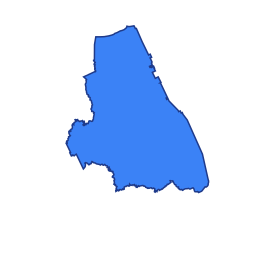 outline of Bellingen, New South Wales, Australia, rotated 236°
{"feature_id": "25037944B1782787006296", "entity_name": "Bellingen", "entity_type": "district", "adm_level": 2, "iso_a3": "AUS", "parent_name": "Australia", "parent_adm1": "New South Wales", "projection": "albers", "projection_center": [152.743, -30.374], "detail": "fine", "context": "isolated", "style": "filled", "palette": "blue", "viewbox_px": 256, "rotation_deg": 236, "n_neighbors": 0, "source": "geoboundaries", "source_scale": "gbopen_adm2", "svg_char_len": 5707}
<svg xmlns="http://www.w3.org/2000/svg" viewBox="0 0 256 256"><g transform="rotate(236 128 128)"><path d="M39.6,165.3L64.7,175.1L101.6,181.6L108.4,181.2L110.5,181.6L110.6,180.5L113.0,180.8L113.2,179.2L114.7,179.4L127.5,177.1L129.8,177.5L130.0,176.1L131.5,176.4L131.2,177.7L147.0,180.1L147.4,179.7L147.3,180.8L153.5,181.6L153.9,178.4L160.5,179.3L160.0,182.6L162.9,183.0L162.8,183.4L165.0,183.8L165.2,182.3L164.9,182.3L165.1,181.1L165.8,181.2L166.0,180.1L167.1,180.3L166.6,183.3L168.5,183.6L168.7,183.9L168.5,184.0L168.6,184.3L169.4,184.5L169.6,184.9L173.7,185.5L173.4,187.1L176.8,187.7L177.0,185.9L191.8,188.0L205.9,190.6L206.4,190.1L206.4,189.7L208.9,190.1L209.0,189.9L209.4,190.0L211.1,186.2L212.2,184.7L213.0,184.1L212.0,182.8L211.7,179.8L212.2,177.5L212.8,175.9L213.2,172.2L213.8,169.9L213.6,168.6L214.1,166.5L215.1,163.6L217.0,159.4L219.2,155.8L221.6,152.3L215.9,146.9L203.2,138.2L203.4,137.4L203.0,137.1L202.2,137.3L201.4,137.2L201.2,137.5L200.6,137.5L200.4,137.1L200.5,136.8L200.0,135.7L199.6,135.4L199.0,135.5L198.9,135.7L198.5,135.3L198.4,135.5L198.2,135.1L197.8,135.0L197.6,134.7L197.1,134.7L196.7,134.3L195.9,134.3L195.8,134.2L196.0,133.8L195.2,133.2L194.5,133.1L194.3,133.2L194.2,133.0L193.8,132.9L193.4,133.2L193.5,133.0L193.4,132.8L193.3,133.0L193.0,132.8L192.9,132.6L193.2,132.4L195.2,119.8L191.4,120.8L191.1,120.4L191.1,119.9L189.7,119.3L188.7,118.3L188.5,117.6L188.0,117.0L185.3,115.9L183.2,114.4L182.0,114.3L181.0,113.6L179.9,113.4L179.5,113.1L179.0,112.9L177.8,113.3L177.6,113.7L176.8,113.5L176.4,112.8L175.8,112.7L175.0,113.4L174.3,113.6L174.0,113.2L172.9,112.7L172.6,112.2L171.9,112.7L170.9,112.9L170.1,112.3L169.4,112.3L168.3,111.7L167.0,111.5L166.8,110.6L164.9,109.2L164.9,108.6L164.4,107.9L162.6,107.7L162.0,107.2L161.1,108.3L160.3,108.2L159.8,108.5L159.7,107.9L159.3,107.6L158.5,107.8L156.0,105.2L154.6,104.2L154.4,103.4L153.7,102.8L153.6,102.0L153.9,101.7L154.0,101.3L154.4,101.2L155.2,100.5L155.6,99.7L155.4,99.2L154.9,98.9L154.7,98.2L153.9,97.5L154.5,96.6L155.4,96.0L155.1,96.1L155.1,95.7L154.9,95.7L154.7,95.3L154.3,95.1L154.8,94.1L154.5,93.4L154.6,92.9L155.0,92.5L155.4,92.5L155.2,92.9L155.7,93.2L155.8,94.0L156.2,93.6L156.6,94.8L157.6,95.3L158.3,95.4L158.4,95.1L157.9,94.1L158.4,93.9L159.5,94.2L159.4,93.7L160.0,93.3L160.2,92.8L160.2,92.0L160.5,91.9L160.5,91.4L160.6,91.2L162.1,91.1L162.4,90.0L163.3,90.7L163.8,89.4L164.3,89.3L164.5,88.8L163.6,88.6L163.1,88.8L162.6,88.5L162.5,88.1L162.7,86.4L162.4,86.2L162.2,85.7L161.7,85.5L161.6,85.0L161.2,84.8L162.2,84.4L162.1,84.2L161.6,84.2L161.6,83.2L160.9,83.0L159.4,82.1L158.6,81.2L158.8,80.1L158.5,79.7L158.6,79.2L157.3,78.8L157.2,78.5L157.8,78.0L158.2,78.1L158.4,77.8L158.2,77.1L157.7,76.6L156.9,76.5L156.5,76.0L155.8,76.0L155.1,75.7L153.9,75.9L153.7,74.6L154.0,73.9L152.9,73.1L152.8,72.3L151.5,71.7L151.1,70.6L151.5,70.1L151.0,69.4L149.8,69.4L149.4,69.1L149.9,68.6L150.0,68.2L139.9,66.7L140.0,65.9L136.5,65.4L136.2,66.6L136.6,66.9L136.4,67.3L135.5,67.5L135.0,67.9L135.3,69.7L135.2,70.5L119.0,68.1L119.5,70.0L120.0,71.0L121.7,72.5L122.3,72.7L122.9,72.6L123.1,73.0L123.0,73.6L122.5,74.0L121.2,74.7L119.6,74.8L119.3,75.2L119.2,75.8L119.5,76.4L119.3,76.7L119.4,77.1L119.1,77.5L119.6,78.4L120.0,78.6L120.4,79.3L119.8,79.8L119.1,79.8L118.5,80.0L118.4,80.4L117.9,80.6L117.1,81.4L116.0,81.7L113.7,84.0L112.8,84.3L112.8,85.1L112.4,86.3L111.2,86.5L110.8,86.9L110.7,87.2L110.8,87.5L110.8,88.4L109.3,88.5L108.3,89.6L107.4,89.2L107.1,88.6L106.7,88.6L106.2,89.2L106.1,89.4L106.5,89.9L106.1,90.5L105.8,90.2L105.2,90.1L105.6,89.9L105.3,89.4L104.6,89.4L104.5,89.6L103.9,89.6L104.0,89.2L104.7,88.6L104.6,88.4L103.8,88.2L103.6,88.5L102.9,88.4L102.3,89.0L102.8,90.0L101.6,89.8L100.3,90.5L100.7,90.9L100.6,91.1L100.0,91.0L99.3,90.5L97.5,90.4L96.6,89.4L96.8,89.0L96.5,88.8L96.6,88.2L96.2,87.6L95.0,88.0L94.3,88.6L93.9,88.6L92.5,87.9L92.5,87.2L92.1,86.8L91.4,86.8L91.0,86.4L90.2,86.2L89.3,84.9L88.2,86.0L87.8,85.9L87.6,85.3L87.1,85.6L86.2,85.6L85.7,86.1L84.6,84.4L83.7,84.0L83.1,82.9L82.2,82.5L82.2,83.1L83.2,84.4L82.0,84.4L81.2,84.9L81.1,85.6L81.7,85.8L81.8,86.4L81.3,86.8L81.2,87.3L80.3,87.8L80.4,89.6L80.1,89.7L79.7,89.5L79.4,90.4L79.5,90.8L80.4,91.2L81.1,91.8L81.0,93.1L80.6,93.6L80.8,94.1L80.5,94.6L80.6,95.3L80.5,95.6L80.2,95.9L79.4,96.1L79.1,96.8L80.5,97.9L79.2,98.0L79.0,98.6L78.1,99.3L78.3,99.8L78.2,100.4L77.7,100.8L76.9,100.9L77.3,101.7L76.0,101.8L75.8,102.6L75.5,102.4L75.0,102.6L74.9,101.8L74.3,101.7L74.3,102.0L73.7,102.5L74.3,103.2L74.3,104.4L74.1,104.4L73.8,104.0L73.3,104.4L73.3,105.3L72.3,107.8L72.0,108.0L71.8,108.4L71.2,108.4L70.7,109.2L70.4,109.2L69.9,109.6L68.9,109.5L68.0,110.4L67.5,110.3L66.9,110.7L66.9,111.3L66.3,111.6L65.6,113.7L65.3,114.0L64.5,114.0L64.1,114.2L64.0,115.4L63.4,115.6L63.2,116.0L62.4,116.2L61.6,115.3L61.1,115.5L60.4,114.3L59.6,114.6L59.9,115.5L60.2,115.7L60.2,116.2L59.2,116.4L59.7,116.9L59.5,117.3L60.0,117.8L60.1,118.8L59.3,119.6L58.9,119.7L58.7,119.5L58.6,120.4L58.4,120.9L58.6,121.8L58.1,122.4L58.4,123.2L58.4,123.9L58.6,124.1L58.5,125.1L58.6,125.6L58.5,125.8L59.0,126.3L58.9,126.9L58.6,127.1L58.7,127.8L59.0,128.2L59.0,129.2L59.2,129.3L58.8,129.7L58.9,133.2L60.8,133.5L60.7,133.7L59.9,134.4L59.2,135.5L58.6,135.2L58.6,135.5L55.4,135.1L54.7,135.3L54.4,135.8L54.1,135.9L52.9,135.4L52.3,135.5L51.4,136.0L50.9,136.8L50.1,136.0L49.3,136.5L48.7,136.2L48.3,136.6L47.8,136.6L47.2,137.4L47.0,138.2L46.0,138.3L45.7,138.5L45.9,139.7L45.5,141.7L44.6,143.1L44.1,144.4L42.7,145.2L42.1,148.4L41.5,148.6L40.3,148.5L38.7,147.9L37.7,147.9L36.7,149.3L36.4,150.2L35.8,150.2L35.7,150.5L35.0,150.5L34.4,153.7L34.8,155.2L35.3,156.4L35.3,156.7L36.1,158.9L36.0,159.3L35.5,159.5L35.3,160.0L35.4,161.3L35.8,162.3L36.3,162.9L36.7,163.0L37.9,164.4L39.2,165.3L39.6,165.3Z" fill="#3b82f6" stroke="#1e3a8a" stroke-width="1.5"/></g></svg>